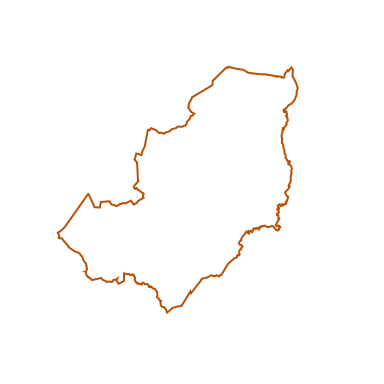 outline of Bērziņu pag., Dagdas, Latvia, rotated 337°
{"feature_id": "27541924B7947560085495", "entity_name": "Bērziņu pag.", "entity_type": "district", "adm_level": 2, "iso_a3": "LVA", "parent_name": "Latvia", "parent_adm1": "Dagdas", "projection": "orthographic", "projection_center": [27.878, 56.083], "detail": "fine", "context": "isolated", "style": "outline", "palette": "amber", "viewbox_px": 384, "rotation_deg": 337, "n_neighbors": 0, "source": "geoboundaries", "source_scale": "gbopen_adm2", "svg_char_len": 6101}
<svg xmlns="http://www.w3.org/2000/svg" viewBox="0 0 384 384"><g transform="rotate(337 192 192)"><path d="M175.7,117.6L166.2,131.7L162.6,134.8L159.8,138.3L157.1,135.7L155.7,134.8L154.6,136.4L151.8,139.8L152.9,143.4L151.5,147.4L146.6,160.8L146.8,161.1L142.6,163.1L140.5,164.4L140.4,164.7L140.5,166.6L141.5,167.1L142.1,166.7L142.7,166.9L143.3,169.3L144.4,170.4L145.6,173.2L146.8,174.2L146.6,175.3L145.9,175.6L145.0,176.8L145.3,178.3L138.8,179.2L137.1,180.4L133.4,180.8L132.4,176.1L126.3,176.5L124.2,175.2L122.6,175.4L121.4,174.8L117.6,175.7L116.4,175.3L115.5,173.6L113.4,172.5L112.8,171.3L112.5,168.3L104.2,165.6L101.1,170.3L96.3,167.9L96.3,162.2L95.9,153.5L95.7,153.2L61.2,174.6L57.2,176.2L52.6,177.0L52.8,178.3L52.5,181.0L51.4,181.8L51.8,182.7L52.2,183.0L54.1,183.8L55.1,187.9L56.9,192.8L56.8,193.9L56.9,194.5L60.6,200.5L62.4,202.4L63.9,203.5L64.6,205.1L65.0,207.3L65.8,208.6L65.3,211.4L65.9,214.9L66.3,216.3L66.1,218.5L66.0,219.3L65.5,219.5L65.3,220.4L65.5,220.5L65.4,221.9L63.2,223.7L62.6,223.6L62.9,223.9L62.9,225.2L62.3,227.7L63.0,228.6L63.1,229.9L63.9,230.5L63.9,231.1L64.6,231.6L65.0,232.8L65.3,233.2L65.4,233.9L74.8,235.7L75.7,238.2L78.0,240.5L78.5,241.6L80.2,241.8L83.1,243.5L83.4,243.6L85.4,242.1L87.1,242.9L89.4,242.5L87.9,243.9L88.6,247.8L94.5,247.4L97.7,240.3L100.2,242.3L101.8,242.7L102.1,243.7L102.7,244.3L103.5,244.1L104.3,244.7L105.3,244.7L105.7,245.2L105.4,245.3L105.3,245.7L105.8,246.3L106.1,247.4L105.8,247.7L106.0,248.3L105.9,249.0L104.8,250.4L105.2,251.2L104.9,251.9L105.1,253.1L105.8,253.6L106.3,254.4L106.0,255.0L106.4,255.1L106.7,255.7L107.7,255.7L108.1,256.4L109.0,256.5L109.6,257.5L110.3,256.8L111.3,256.2L112.1,257.0L112.5,258.5L113.4,258.6L113.8,259.1L114.8,259.1L115.6,260.4L115.2,262.5L115.6,262.7L115.7,262.3L116.0,262.2L116.5,263.0L117.2,262.7L117.4,263.0L117.4,263.6L118.1,264.3L118.0,265.1L118.1,265.3L119.2,266.2L120.0,266.5L120.5,269.2L121.1,270.3L120.3,271.7L119.5,274.2L118.9,274.6L118.7,275.2L119.5,276.6L120.0,278.1L119.7,279.0L120.9,280.2L119.7,281.4L119.5,282.9L119.0,284.1L119.5,285.9L121.6,287.3L121.6,288.0L122.2,290.0L121.9,293.2L124.4,292.6L128.9,291.1L132.4,291.5L137.9,292.7L151.5,283.1L151.2,284.6L151.3,284.9L164.7,277.5L167.1,275.7L172.2,276.6L177.3,276.2L178.2,276.9L179.3,278.2L181.2,278.4L182.1,278.2L182.6,278.5L183.3,279.9L184.2,280.3L185.4,279.5L186.7,279.8L196.8,272.4L203.7,270.0L206.2,269.6L207.9,269.7L208.4,268.6L209.2,267.8L209.7,267.9L210.0,268.5L210.8,268.7L211.4,268.2L211.7,266.5L212.3,265.0L213.4,264.0L215.0,263.7L215.5,262.8L217.1,261.9L217.1,260.6L215.3,259.3L215.4,257.0L217.6,255.8L218.5,255.7L219.0,254.5L219.8,253.7L225.5,250.5L226.4,249.7L226.8,250.3L228.3,250.0L227.6,252.0L228.3,252.6L228.6,252.4L228.8,251.6L229.2,250.9L230.9,250.5L231.1,250.7L231.3,252.3L232.0,252.4L233.5,250.7L234.3,250.4L234.2,249.9L234.3,249.7L235.6,250.1L236.1,251.0L236.9,250.8L237.1,250.3L237.4,250.3L238.0,250.8L238.7,252.1L238.8,251.6L239.3,251.2L239.9,251.7L241.2,251.5L241.1,251.2L240.6,251.0L240.8,250.6L241.9,250.9L243.2,250.5L244.1,251.4L245.3,251.3L246.3,251.7L247.6,253.9L248.2,253.8L250.0,254.5L251.8,254.3L253.6,255.6L253.7,255.9L253.6,256.8L254.3,258.3L254.6,259.4L254.5,259.8L255.9,261.1L256.5,261.0L257.2,260.3L257.8,260.1L257.8,259.5L258.1,259.1L259.4,258.9L259.5,258.3L258.7,257.7L259.0,257.2L258.8,256.9L257.8,256.3L256.4,256.3L256.4,254.8L259.2,252.7L260.0,252.4L260.8,251.3L261.5,251.1L262.0,250.5L261.8,250.2L261.4,250.1L261.3,249.8L262.3,247.4L261.8,247.1L261.2,246.2L261.7,245.1L262.9,245.4L264.1,244.6L264.2,244.2L264.0,243.2L264.6,242.5L263.9,242.0L263.7,241.1L265.7,241.2L265.8,240.7L265.3,239.6L265.6,238.1L266.0,238.0L267.0,238.4L267.2,238.2L267.1,237.8L267.3,237.6L268.1,237.5L268.3,237.8L268.1,238.6L268.3,239.1L268.2,239.6L268.5,239.7L269.9,239.3L270.0,239.5L269.9,239.8L270.2,240.0L270.6,239.9L270.4,238.8L270.6,238.5L271.2,239.4L271.7,239.4L271.6,239.8L271.9,239.9L272.7,239.8L273.5,239.1L273.9,239.4L274.3,239.4L274.5,238.9L274.3,238.3L274.4,237.9L274.8,237.5L275.6,237.6L276.3,237.2L276.8,236.1L277.5,235.5L278.6,234.2L278.6,233.7L278.1,233.5L277.8,233.1L277.8,232.1L277.4,230.2L277.5,228.7L282.2,226.6L284.1,225.0L284.1,224.6L283.4,224.5L283.2,224.2L283.9,223.2L285.9,221.9L287.4,220.3L287.8,218.7L289.3,215.8L291.0,213.6L291.4,211.4L293.0,209.8L293.1,209.4L293.1,208.4L293.4,207.7L293.2,206.2L291.9,204.4L291.6,203.4L291.8,203.1L292.6,203.6L293.2,203.3L293.9,202.7L294.0,201.7L293.8,201.4L292.6,201.5L292.1,200.7L291.8,199.7L292.0,199.2L292.0,198.6L291.5,197.7L291.4,197.1L292.5,194.8L292.6,194.0L292.3,193.1L292.2,192.4L292.6,191.7L293.5,189.0L293.4,186.5L293.9,185.7L294.3,184.8L294.4,183.0L293.9,182.0L294.3,181.1L295.0,180.3L295.5,178.3L296.0,177.7L296.0,176.6L296.8,174.4L297.8,173.1L298.7,172.6L298.9,172.0L299.0,171.1L299.3,170.5L299.9,170.3L300.7,170.5L301.1,170.2L301.1,169.8L300.4,169.1L300.5,168.7L302.2,168.7L303.7,167.7L305.1,167.2L305.5,166.8L305.4,165.9L305.6,165.5L307.9,164.0L308.6,162.2L308.5,161.6L308.8,160.9L308.3,159.7L309.2,159.2L308.6,158.4L310.0,157.4L309.9,156.0L310.3,155.1L309.8,154.5L308.5,154.7L307.9,154.3L307.9,153.9L308.5,153.8L308.7,153.3L309.4,153.0L309.2,152.6L308.7,152.9L308.5,152.2L311.6,151.6L315.1,149.7L317.8,149.6L321.9,147.8L325.6,144.2L326.9,142.1L327.9,139.8L330.1,137.9L330.0,135.3L330.4,133.4L330.2,129.6L330.3,128.5L329.7,124.8L332.6,119.2L332.2,116.2L328.0,118.3L327.6,117.3L323.7,119.6L322.3,121.4L321.6,122.7L319.9,121.6L319.3,121.8L318.8,120.4L317.6,119.7L315.0,119.0L315.3,118.6L304.5,111.8L302.5,111.2L299.3,109.2L298.3,108.9L290.6,104.4L289.9,103.6L287.2,99.7L279.0,94.6L274.4,90.9L273.4,91.7L272.3,90.8L254.4,97.8L252.6,101.6L229.2,104.8L226.5,107.4L224.7,108.3L221.9,112.3L222.2,112.5L221.7,113.3L221.7,113.7L222.6,118.1L224.5,120.7L223.9,120.7L222.7,121.9L220.6,121.5L219.1,123.4L214.4,125.7L213.8,127.2L211.8,128.3L211.3,127.9L208.5,128.1L207.5,127.8L206.0,126.8L203.7,126.3L202.6,126.9L197.9,126.4L195.0,127.3L190.9,126.9L188.9,127.5L188.7,127.3L188.7,126.8L187.5,125.9L185.9,124.9L185.1,125.1L183.5,122.7L183.5,121.7L181.5,119.3L180.4,118.5L179.5,117.3L178.1,117.6L177.0,118.6L175.7,117.6Z" fill="none" stroke="#b45309" stroke-width="2"/></g></svg>